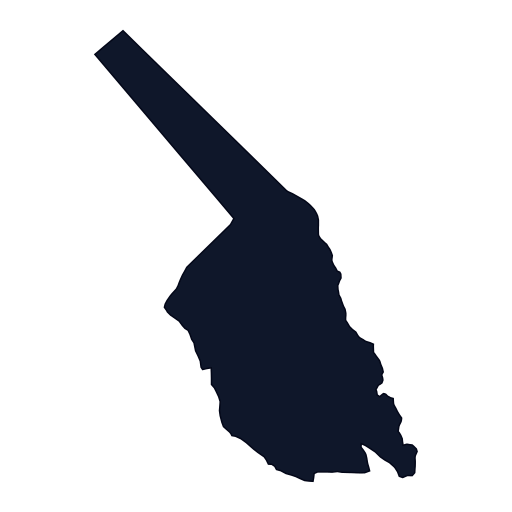 Homa Bay, Nyanza, Kenya
{"feature_id": "3690345B18622928067574", "entity_name": "Homa Bay", "entity_type": "district", "adm_level": 2, "iso_a3": "KEN", "parent_name": "Kenya", "parent_adm1": "Nyanza", "projection": "orthographic", "projection_center": [34.502, -0.52], "detail": "fine", "context": "isolated", "style": "filled", "palette": "ink", "viewbox_px": 512, "rotation_deg": 0, "n_neighbors": 0, "source": "geoboundaries", "source_scale": "gbopen_adm2", "svg_char_len": 3175}
<svg xmlns="http://www.w3.org/2000/svg" viewBox="0 0 512 512"><path d="M414.7,472.7L414.9,469.0L415.1,466.6L415.2,463.0L415.2,461.2L415.0,458.1L415.1,456.6L415.4,455.4L417.1,451.5L416.3,448.9L413.7,446.3L412.2,445.0L409.0,444.6L407.7,444.3L406.4,444.3L403.1,445.3L402.5,441.7L402.2,438.7L400.8,435.4L399.3,432.9L398.1,431.4L398.6,428.2L398.8,426.6L399.4,424.9L401.0,421.7L401.4,420.0L401.6,418.0L399.3,414.8L397.3,411.4L396.4,409.5L395.8,408.3L394.0,405.1L393.5,403.4L393.3,400.5L393.2,398.5L390.3,397.7L389.2,397.0L387.6,396.2L385.8,394.3L384.6,393.8L383.4,393.6L381.0,395.5L379.9,396.7L377.2,395.0L376.6,391.2L375.9,389.7L378.4,385.1L379.8,384.4L381.9,382.9L382.9,380.1L382.6,377.9L381.7,374.9L382.4,373.4L383.2,372.0L382.4,368.4L381.7,366.7L380.7,364.3L379.8,361.3L379.1,360.0L378.2,358.8L376.1,356.0L374.4,353.5L373.5,352.5L373.3,345.8L373.4,344.2L370.0,342.7L366.3,341.6L364.8,340.9L363.3,339.8L360.1,338.0L358.8,336.9L357.7,335.4L355.8,332.1L352.4,329.5L349.5,326.6L347.3,322.8L345.6,320.3L345.6,317.9L345.8,315.4L345.8,313.4L345.6,312.1L345.0,309.2L343.5,306.3L342.8,304.5L342.3,303.1L341.3,300.4L341.0,299.1L340.6,298.0L338.9,294.9L338.5,292.0L338.0,289.6L337.8,286.6L337.8,285.3L338.5,283.7L339.6,280.6L340.3,279.4L341.0,278.0L340.8,274.1L339.8,272.2L337.2,271.1L335.5,267.8L334.7,266.7L333.6,265.0L332.3,262.1L331.9,261.0L331.8,259.5L332.1,257.2L332.3,255.5L331.2,252.4L329.9,249.5L329.1,248.3L328.3,247.2L326.6,244.3L325.0,243.0L322.2,240.3L320.6,238.8L318.9,236.2L318.4,234.5L318.3,229.5L318.3,227.4L318.4,225.4L318.4,220.0L317.6,216.1L316.7,214.0L315.3,211.4L314.2,209.6L313.2,208.5L310.4,205.5L309.1,204.3L308.2,203.5L304.7,200.7L292.6,193.8L287.8,191.6L286.2,190.4L252.9,157.7L251.9,156.7L141.9,49.3L123.0,30.7L104.3,46.4L94.9,54.4L178.9,153.6L218.4,200.1L233.9,218.5L230.5,224.6L226.5,228.5L186.8,267.3L184.5,271.6L182.5,275.1L180.5,279.5L179.3,282.4L178.1,285.7L176.4,289.0L172.1,293.7L171.1,294.9L170.0,296.3L167.1,300.5L165.2,304.1L164.4,307.3L166.6,310.4L167.4,311.9L170.6,315.1L174.4,317.7L179.2,321.1L182.4,325.5L185.0,328.4L188.1,330.3L190.0,334.3L191.7,339.3L194.0,342.8L194.7,346.3L195.6,350.8L198.0,355.7L200.3,361.1L201.1,367.2L202.6,369.5L206.4,368.6L211.2,367.8L211.4,372.9L211.5,378.4L211.5,384.5L214.4,387.8L216.3,391.6L218.7,396.7L220.2,401.6L219.9,406.0L219.5,410.6L220.2,415.7L221.9,422.3L223.5,426.6L226.4,429.2L229.6,432.0L230.9,433.6L231.9,435.6L235.4,436.2L240.9,438.7L246.3,442.6L250.8,446.6L253.9,449.3L256.5,451.3L257.6,452.2L260.9,454.5L264.2,456.8L266.4,460.0L268.4,464.1L271.8,464.3L274.8,466.3L276.5,469.5L280.8,470.7L286.0,473.5L291.7,475.1L295.8,476.5L300.0,478.5L304.6,480.5L308.7,481.0L313.0,481.3L313.6,477.9L314.1,473.5L317.6,471.9L321.7,471.9L326.8,471.9L332.1,472.1L337.4,471.5L341.8,472.2L347.8,472.4L352.4,472.5L356.8,472.7L360.7,472.8L364.7,472.7L369.6,470.9L368.7,467.3L367.7,463.9L367.3,462.0L366.7,458.1L365.9,454.6L365.1,452.9L363.1,449.9L362.1,448.6L361.0,447.2L361.2,443.6L365.3,445.4L369.4,448.0L375.4,452.0L380.4,456.9L385.0,460.1L389.5,462.6L392.2,465.0L393.9,466.5L395.0,467.7L397.6,471.8L399.3,476.3L402.7,477.5L407.3,475.5L412.2,475.6L414.7,472.7Z" fill="#0f172a" stroke="#020617" stroke-width="1.5"/></svg>